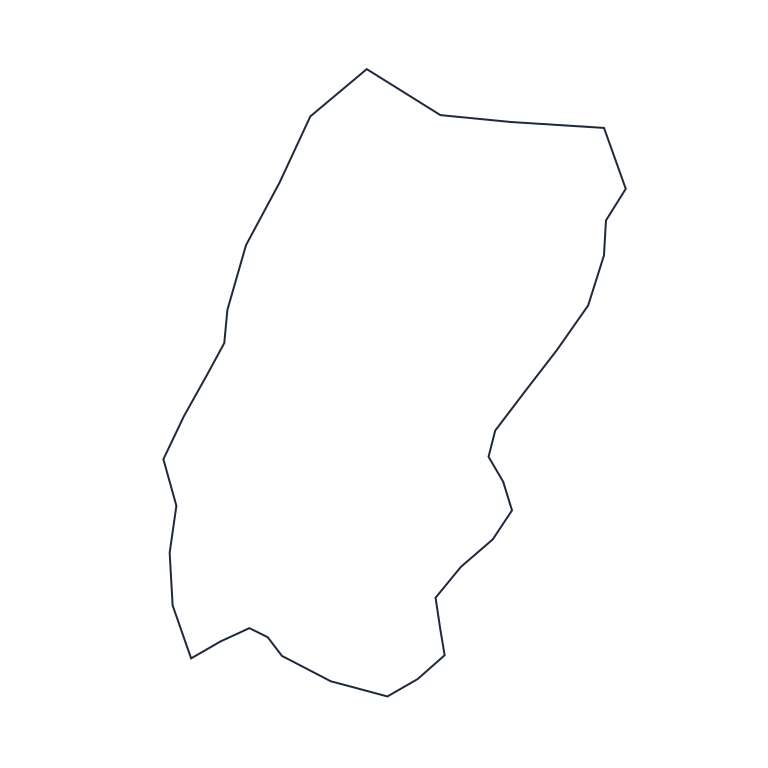 SVG path tracing the border of Göyçay, rotated 280°
{"feature_id": "AZE-1703", "entity_name": "Göyçay", "entity_type": "District", "adm_level": 1, "iso_a3": "AZE", "parent_name": "Azerbaijan", "parent_adm1": "", "projection": "albers", "projection_center": [47.787, 40.558], "detail": "fine", "context": "isolated", "style": "outline", "palette": "slate", "viewbox_px": 768, "rotation_deg": 280, "n_neighbors": 0, "source": "natural_earth", "source_scale": "10m", "svg_char_len": 629}
<svg xmlns="http://www.w3.org/2000/svg" viewBox="0 0 768 768"><g transform="rotate(280 384 384)"><path d="M664.0,463.3L674.4,556.2L618.2,588.2L583.6,574.2L548.8,578.3L496.8,571.4L447.5,548.4L402.5,524.8L357.4,501.6L330.5,499.6L308.5,518.3L281.8,532.0L249.9,518.1L217.3,491.5L182.5,471.9L154.1,481.4L127.4,490.8L99.2,468.3L76.9,441.6L82.0,383.2L98.5,330.7L114.4,313.5L120.2,293.8L102.1,267.7L80.3,241.7L129.2,214.3L180.7,202.2L228.0,200.7L271.6,179.8L317.4,192.5L362.5,208.2L396.6,219.6L429.8,216.9L496.8,224.0L564.3,246.2L634.8,265.0L691.1,312.3L658.6,392.8L664.0,463.3Z" fill="none" stroke="#1e293b" stroke-width="2"/></g></svg>